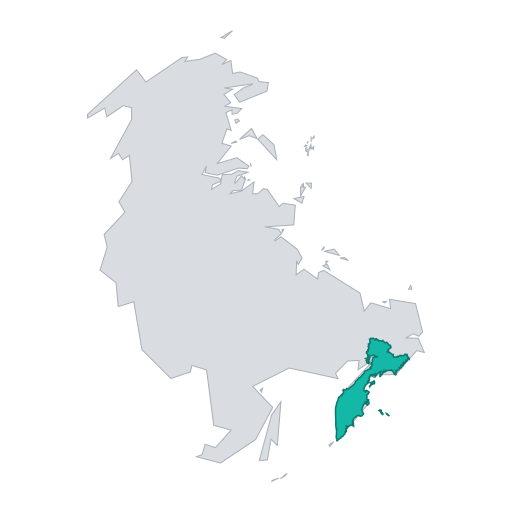 Kamchatka on a map of Russia (orthographic projection)
{"feature_id": "RUS-3468", "entity_name": "Kamchatka", "entity_type": "Region", "adm_level": 1, "iso_a3": "RUS", "parent_name": "Russia", "parent_adm1": "", "projection": "orthographic", "projection_center": [164.844, 57.899], "detail": "fine", "context": "in_parent", "style": "filled", "palette": "teal", "viewbox_px": 512, "rotation_deg": 0, "n_neighbors": 0, "source": "natural_earth", "source_scale": "10m", "svg_char_len": 9756}
<svg xmlns="http://www.w3.org/2000/svg" viewBox="0 0 512 512"><path d="M220.5,463.0L196.4,456.7L202.1,454.6L205.1,444.3L215.4,447.6L231.1,430.1L213.7,425.4L206.6,369.9L191.9,365.4L190.4,371.9L170.9,378.5L141.9,349.6L133.8,301.7L118.2,306.6L116.1,282.8L100.0,270.1L107.2,247.2L104.1,234.4L125.0,212.2L118.9,201.8L132.0,181.5L129.4,155.4L122.5,159.8L118.6,153.4L110.5,158.5L131.7,119.3L131.4,107.7L123.3,105.6L106.9,116.8L104.7,108.0L87.6,118.1L87.6,114.3L136.5,69.8L145.9,82.0L182.0,57.5L187.6,57.0L184.9,61.5L199.9,59.3L215.2,53.1L226.8,59.6L221.9,64.6L230.9,60.5L232.6,73.5L240.1,72.0L257.3,78.0L259.2,81.7L268.4,82.5L267.0,91.1L239.6,102.2L234.2,94.6L244.6,87.2L250.4,85.4L252.9,83.7L224.3,88.0L232.7,89.2L223.9,94.4L230.7,102.8L224.7,106.2L241.7,108.6L237.0,113.4L232.1,114.2L231.9,109.9L225.9,112.5L231.2,130.5L226.9,128.8L221.9,143.3L231.2,146.0L217.3,163.5L237.0,157.7L248.9,166.1L247.2,168.7L238.5,168.1L217.3,175.2L205.1,172.6L206.4,166.1L202.0,174.5L219.9,178.3L220.8,181.1L212.5,184.8L211.5,189.4L220.4,184.0L222.3,174.7L232.0,174.2L238.2,170.6L248.0,172.3L236.9,176.2L234.8,182.0L235.0,183.4L241.5,175.9L245.2,179.9L241.5,190.2L233.3,190.6L230.1,193.7L241.4,191.1L254.0,181.9L252.7,193.8L258.1,193.7L263.2,188.7L267.4,189.5L279.2,206.6L283.2,203.2L295.3,205.2L293.8,224.9L265.1,226.9L278.6,229.2L281.4,233.6L275.4,239.1L274.7,240.2L275.1,240.9L280.9,236.7L297.2,249.2L302.1,258.0L298.2,264.5L296.7,260.8L296.1,274.9L304.0,269.2L317.7,279.1L318.5,272.7L323.6,270.3L360.1,293.2L364.2,311.2L370.9,302.8L390.6,308.7L389.5,299.3L415.5,303.6L422.6,331.9L418.8,336.3L413.0,333.7L406.2,337.9L418.2,338.2L424.4,352.5L416.7,350.6L395.8,374.6L371.0,374.9L363.7,389.4L368.8,403.4L337.0,440.6L338.7,397.6L377.1,356.5L358.0,369.8L359.1,360.4L347.6,361.0L335.5,373.3L338.1,378.6L289.2,368.0L252.6,386.4L272.7,407.5L255.6,439.6L220.5,463.0ZM276.7,159.7L257.7,139.1L262.9,134.7L274.0,144.7L276.7,159.7ZM280.9,401.7L277.3,445.5L271.0,439.1L267.4,459.9L259.3,460.5L271.5,415.1L280.9,401.7ZM251.6,128.4L257.1,138.7L249.4,135.7L239.5,139.4L251.6,128.4ZM324.1,251.3L334.3,249.1L339.3,255.4L324.1,251.3ZM305.6,187.2L300.5,196.1L300.6,186.8L305.6,187.2ZM311.5,183.1L311.1,188.3L306.1,183.0L311.5,183.1ZM304.1,196.5L301.8,203.3L293.9,198.5L304.1,196.5ZM339.9,258.0L344.5,257.7L348.4,260.5L339.9,258.0ZM232.5,30.7L224.3,38.3L221.0,37.5L232.5,30.7ZM311.3,139.2L311.1,142.1L311.2,136.5L311.3,139.2ZM327.0,264.0L330.0,269.8L322.9,265.9L327.0,264.0ZM236.1,123.3L234.8,120.0L237.4,119.0L239.6,121.0L236.1,123.3ZM310.9,144.5L311.2,147.1L309.3,148.0L310.9,144.5ZM308.3,152.4L305.6,150.9L307.2,149.3L309.0,150.0L308.3,152.4ZM307.1,154.7L308.1,152.7L308.2,155.7L307.1,154.7ZM236.6,142.2L231.0,143.4L235.7,141.0L236.6,142.2ZM303.8,186.5L301.6,185.3L303.2,183.4L303.8,186.5ZM313.8,146.6L313.5,149.5L311.8,148.2L313.8,146.6ZM411.8,289.3L408.5,289.2L410.8,285.4L411.8,289.3ZM314.1,137.7L312.3,139.1L314.3,135.6L314.1,137.7ZM250.7,166.1L250.4,163.0L251.1,166.1L250.7,166.1ZM283.9,229.3L282.1,232.4L282.0,229.4L283.9,229.3ZM387.0,301.4L384.3,302.9L382.8,301.7L387.0,301.4ZM305.7,148.1L307.3,146.9L305.6,149.0L305.7,148.1ZM311.5,148.7L309.2,149.2L311.1,147.8L311.5,148.7ZM287.2,473.1L285.2,475.7L280.4,478.7L287.2,473.1ZM306.8,145.7L304.5,146.4L305.3,145.1L306.8,145.7ZM245.8,179.6L244.3,177.5L244.5,176.9L245.8,179.6ZM374.3,383.5L370.9,382.5L374.1,381.0L374.3,383.5ZM327.8,261.2L325.8,263.1L326.0,261.1L327.8,261.2ZM262.6,388.1L261.6,392.0L260.1,390.3L262.6,388.1ZM333.7,441.7L329.8,446.6L329.0,444.8L333.7,441.7ZM307.2,143.4L307.2,142.1L308.0,141.8L307.2,143.4ZM250.3,180.1L247.8,180.1L248.5,179.5L250.3,180.1ZM323.8,248.9L321.9,249.7L323.9,247.0L323.8,248.9ZM272.2,480.4L278.8,478.0L271.8,481.3L272.2,480.4Z" fill="#d9dde1" stroke="#a8b0b8" stroke-width="1"/><path d="M409.1,359.1L408.7,358.9L408.0,359.4L408.2,359.2L407.7,359.1L407.6,359.5L407.9,359.6L407.0,360.7L406.9,360.4L406.0,360.1L405.8,360.9L405.9,361.5L405.4,361.7L405.3,362.3L404.8,362.9L403.9,362.4L403.3,362.8L404.2,363.3L404.3,363.6L404.1,363.8L403.2,363.5L403.7,364.0L403.3,364.6L402.3,364.4L402.2,364.6L402.6,365.0L401.9,365.1L402.8,365.7L402.1,366.1L401.1,365.5L401.9,366.4L401.4,367.3L401.2,366.8L401.0,366.6L401.1,367.4L399.6,367.9L400.0,368.3L399.2,368.8L399.4,368.5L399.1,368.1L399.1,369.2L398.5,369.9L396.9,370.2L397.2,370.4L396.9,371.0L396.1,370.9L396.7,371.7L396.2,372.2L396.0,374.6L395.5,374.9L394.3,374.0L393.8,373.1L394.2,372.7L393.4,372.4L393.1,371.4L391.4,370.5L391.8,370.3L391.2,369.9L390.9,370.3L391.1,370.4L387.8,370.4L386.2,371.1L385.9,370.8L386.0,371.2L385.3,371.6L384.9,371.5L384.7,371.8L384.4,371.5L384.5,371.9L384.2,371.9L384.3,372.0L383.9,372.3L383.2,371.8L383.3,372.6L382.8,372.8L382.9,373.1L380.4,376.4L379.9,376.4L379.9,375.8L380.1,374.2L380.5,373.6L380.3,372.1L380.6,372.2L380.8,371.4L379.5,371.8L379.1,372.3L379.4,372.3L379.6,371.9L380.2,371.7L378.2,373.3L377.4,373.5L377.4,373.2L377.4,373.7L376.6,374.4L376.3,374.2L376.4,373.9L376.0,374.3L375.7,374.1L375.8,374.6L376.2,374.5L376.5,375.2L375.1,376.8L374.6,375.3L373.8,374.3L373.2,374.5L373.4,375.0L373.2,375.2L372.4,375.6L372.7,376.2L372.1,375.8L372.7,375.2L370.6,374.8L370.8,375.3L371.2,375.2L370.8,375.9L370.2,375.8L369.5,376.4L369.6,377.9L368.8,378.4L368.8,378.8L369.3,379.5L369.3,380.4L369.0,380.8L369.2,380.4L368.6,380.4L368.3,380.8L369.0,382.0L368.6,382.3L368.7,381.9L368.3,381.5L367.6,381.6L368.3,382.5L368.3,382.8L367.5,383.3L367.6,382.7L367.3,383.4L366.7,383.5L367.1,383.5L367.1,383.8L365.6,385.1L364.6,386.9L363.8,389.3L363.9,390.5L364.1,390.8L365.6,391.6L365.1,392.3L365.8,391.9L365.7,390.9L365.9,390.5L366.6,390.3L367.8,391.3L368.6,391.5L369.1,392.3L368.7,392.6L368.7,393.1L368.0,394.1L366.9,395.0L366.8,396.5L367.0,397.2L366.7,398.2L366.7,399.3L367.4,399.8L368.5,399.6L368.7,400.0L368.5,400.4L368.7,400.9L368.5,401.7L368.9,402.7L369.0,403.8L367.9,404.3L367.6,405.1L366.7,404.7L365.9,403.4L365.6,403.3L368.0,401.4L367.6,401.1L367.1,401.9L366.2,401.4L365.0,402.1L365.7,403.0L363.5,404.4L363.5,404.8L362.1,408.2L361.9,409.6L362.1,411.1L363.5,413.5L363.3,413.8L363.4,414.3L361.5,416.1L359.7,416.1L359.1,415.3L357.3,415.7L354.1,418.1L353.3,419.5L353.0,420.9L353.0,421.7L352.8,421.9L353.2,422.5L353.0,421.9L353.3,422.1L353.3,423.2L352.6,423.0L353.3,424.4L353.0,424.9L353.2,425.3L353.5,424.9L353.6,426.2L352.3,425.3L352.6,424.7L349.6,425.6L347.4,427.2L347.0,425.9L346.3,426.1L346.2,426.9L346.6,427.1L346.5,426.7L347.1,427.2L346.4,428.0L346.8,428.5L346.6,429.0L345.9,428.9L345.9,429.3L346.3,429.6L346.3,430.2L345.8,430.7L346.3,430.7L346.4,430.9L346.1,431.1L346.3,431.5L345.5,432.1L345.6,432.4L345.1,432.8L344.9,433.9L343.5,435.3L342.9,436.3L341.0,437.2L340.7,438.1L340.3,438.1L336.5,441.2L337.0,440.5L337.1,439.8L336.9,439.7L337.0,438.9L336.2,437.9L336.6,431.2L336.2,428.7L336.5,429.4L336.9,429.0L336.1,428.2L335.8,425.6L335.8,419.2L335.5,414.3L335.6,407.9L336.9,402.3L337.3,401.8L338.5,398.1L339.4,396.7L339.7,396.6L339.2,397.1L339.1,397.5L339.8,396.5L340.9,396.0L341.4,394.8L341.9,395.3L343.5,392.7L343.4,390.9L342.8,390.3L343.8,389.4L344.8,390.2L345.7,390.0L346.6,388.5L347.7,388.9L348.9,388.7L349.3,389.3L348.9,388.6L352.8,385.4L353.1,385.8L353.0,385.2L354.3,384.1L355.3,382.8L355.4,381.8L355.7,381.2L357.9,379.4L358.6,378.0L360.0,377.6L361.7,375.8L362.5,374.6L364.1,373.4L364.4,372.9L364.2,372.6L364.4,371.8L365.4,370.9L367.4,370.2L368.1,369.4L369.6,369.1L369.5,369.7L370.0,368.9L371.1,368.5L371.2,368.2L370.2,367.6L370.7,367.2L370.9,366.5L371.8,365.9L372.2,365.0L371.9,364.4L371.2,364.3L371.6,362.8L372.3,362.5L372.6,358.2L373.7,357.5L374.1,356.8L376.5,357.3L376.7,357.7L376.7,357.4L376.1,356.8L377.9,356.7L376.1,356.5L373.8,355.0L372.4,355.2L371.9,355.8L370.4,356.0L370.1,355.8L369.3,356.9L370.0,357.7L369.0,358.4L369.2,359.2L369.0,359.5L369.3,359.6L368.7,360.7L368.8,360.8L368.5,361.6L369.8,362.3L369.7,362.7L369.0,363.0L368.8,363.2L368.9,363.5L368.6,363.7L368.0,363.0L368.4,362.7L368.0,362.2L367.2,362.6L367.7,363.1L366.8,362.6L366.7,361.9L366.7,361.3L366.2,360.5L366.9,360.2L367.0,359.3L365.7,358.6L367.7,357.9L367.9,356.3L367.7,355.7L368.2,354.8L367.7,354.7L367.3,353.7L366.4,353.1L366.5,352.0L366.8,351.6L367.5,351.6L367.5,351.2L368.1,351.2L368.2,350.7L367.8,349.7L368.8,348.9L368.9,347.9L368.6,347.7L368.1,346.6L368.4,346.0L368.7,346.0L368.6,345.8L368.8,345.5L368.7,345.0L368.5,344.9L368.4,344.0L368.9,343.6L369.6,343.8L370.0,342.7L370.6,342.3L369.7,341.0L369.7,340.4L370.1,339.8L369.6,339.2L370.3,339.0L370.9,338.2L372.0,338.7L373.0,338.2L375.0,339.4L375.2,340.0L375.4,340.1L375.7,340.0L375.7,338.9L376.5,338.8L376.8,339.5L377.8,339.6L378.5,340.6L378.3,340.8L378.5,341.0L379.5,340.6L381.5,341.1L382.8,340.4L383.3,341.4L383.8,341.5L384.5,342.5L385.5,342.8L386.1,342.3L387.0,342.5L387.5,343.3L388.0,343.4L388.3,344.6L389.2,345.1L390.0,345.1L390.1,345.6L390.7,346.0L391.0,347.2L390.7,347.4L390.7,347.9L389.7,348.3L388.4,350.0L388.4,350.5L388.1,350.5L388.3,350.9L387.9,350.9L387.4,351.8L389.1,352.7L389.7,352.4L392.4,354.6L393.2,354.5L392.9,355.4L393.3,355.8L393.2,356.1L394.0,357.3L394.6,357.0L396.1,357.4L396.9,357.0L396.7,356.7L397.3,356.4L397.5,356.7L397.8,356.4L398.3,356.7L400.1,355.3L401.0,355.7L401.6,355.4L403.0,356.0L403.1,355.6L404.0,355.4L405.0,354.2L405.7,354.2L406.1,354.3L406.4,354.8L407.1,354.6L407.3,355.4L407.0,355.9L407.5,356.5L407.6,357.3L408.4,357.2L408.9,357.9L409.0,358.4L409.2,358.7L409.0,358.8L409.1,359.1ZM374.7,382.5L374.3,383.7L373.4,383.7L372.8,384.2L372.5,384.0L371.2,385.0L370.2,385.9L369.8,386.8L369.5,386.1L370.3,385.6L371.0,384.1L371.0,383.4L371.5,382.7L370.7,382.7L370.9,382.5L373.0,381.8L374.0,380.9L374.7,382.5ZM382.9,413.8L383.0,415.0L382.3,413.9L381.7,413.8L380.5,412.2L380.1,411.0L379.0,410.5L379.8,409.9L381.2,410.2L381.3,410.4L381.1,410.8L381.2,411.5L382.9,413.8ZM387.7,414.2L389.4,416.1L386.6,414.1L386.4,413.5L387.7,414.2Z" fill="#14b8a6" stroke="#0f766e" stroke-width="1.5"/></svg>